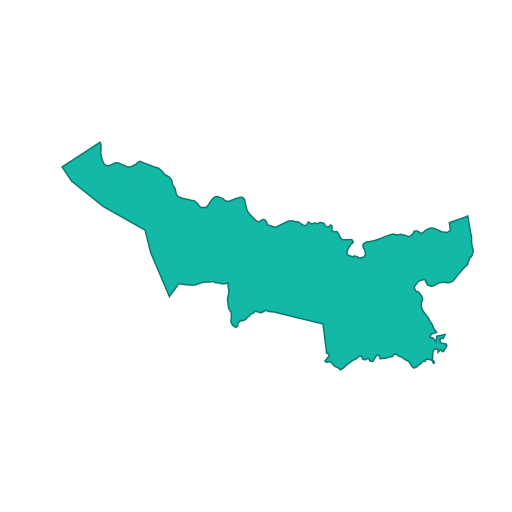 outline of Zapotitlán de Méndez, Puebla, Mexico, rotated 194°
{"feature_id": "50627088B5409879857753", "entity_name": "Zapotitlán de Méndez", "entity_type": "district", "adm_level": 2, "iso_a3": "MEX", "parent_name": "Mexico", "parent_adm1": "Puebla", "projection": "equal_earth", "projection_center": [-97.699, 20.004], "detail": "fine", "context": "isolated", "style": "filled", "palette": "teal", "viewbox_px": 512, "rotation_deg": 194, "n_neighbors": 0, "source": "geoboundaries", "source_scale": "gbopen_adm2", "svg_char_len": 6010}
<svg xmlns="http://www.w3.org/2000/svg" viewBox="0 0 512 512"><g transform="rotate(194 256 256)"><path d="M49.2,214.7L49.3,215.4L50.1,216.6L56.2,216.4L57.4,220.0L55.9,221.0L54.4,221.3L53.5,225.6L61.3,221.8L60.3,216.3L64.4,219.2L67.5,219.2L67.2,222.4L63.2,225.1L62.3,225.5L62.7,226.0L64.0,227.1L65.1,227.8L65.9,228.8L67.0,230.0L67.5,231.1L70.0,233.6L71.2,234.4L73.3,237.1L74.3,238.0L75.2,238.7L76.1,239.2L77.2,240.3L79.2,241.8L80.4,243.0L81.0,243.4L81.5,243.9L82.5,245.8L83.4,247.1L84.0,248.9L84.0,252.0L83.7,253.7L84.3,255.4L85.1,256.4L85.6,257.1L87.3,258.6L89.8,260.5L90.7,260.5L91.5,260.3L92.7,261.0L93.6,261.9L94.6,263.4L94.8,264.7L93.0,268.9L92.7,269.8L91.5,271.2L90.7,272.0L89.2,272.7L87.9,273.5L87.1,273.9L86.6,273.9L85.8,273.3L84.7,271.7L82.5,269.3L78.9,269.0L76.8,269.8L76.0,270.4L74.4,271.9L73.9,272.6L72.1,274.0L71.3,274.5L70.4,274.8L69.7,275.2L67.4,276.0L63.4,276.4L61.2,277.4L59.7,278.6L58.8,279.4L57.4,282.2L55.9,285.8L52.6,292.5L50.5,296.1L48.8,298.4L48.1,305.9L47.0,307.2L46.5,309.1L46.3,311.6L46.8,314.4L48.6,317.8L50.1,321.2L51.4,326.5L53.5,330.7L60.2,346.1L62.9,344.0L76.5,335.1L74.8,331.0L74.5,330.7L74.1,329.6L73.9,327.6L76.0,325.1L81.1,324.4L84.9,325.1L90.5,325.9L93.1,325.5L95.7,323.7L98.1,321.6L99.6,318.9L101.9,317.9L102.0,317.8L104.0,318.9L106.3,319.2L108.3,318.5L109.7,314.2L111.0,312.8L113.1,311.6L117.1,312.3L118.7,311.8L120.7,312.2L123.6,310.8L128.7,310.3L130.8,309.1L133.3,307.4L135.1,306.3L139.3,303.1L144.3,299.9L149.0,297.5L151.3,296.8L153.4,295.3L154.4,294.2L155.0,292.5L154.5,291.2L153.3,289.4L151.7,287.6L150.2,284.2L150.8,281.6L151.4,280.7L153.5,280.0L153.9,279.4L156.0,278.7L156.8,279.7L157.5,279.9L159.0,279.7L160.6,279.9L161.3,279.3L161.7,278.5L161.8,278.2L163.8,278.9L165.9,278.8L166.9,279.2L167.3,279.4L168.0,280.1L168.5,281.2L168.7,282.2L168.6,283.4L168.3,285.4L168.0,286.8L167.5,287.9L166.8,290.2L165.3,292.1L164.7,293.4L165.2,292.9L165.6,293.4L165.9,294.2L166.2,294.5L166.5,294.8L167.4,294.9L168.3,294.8L173.9,293.2L175.6,292.8L177.1,293.1L177.8,293.7L178.9,294.6L179.4,295.4L182.8,298.9L183.3,299.1L184.1,299.1L185.6,298.4L186.3,298.4L187.3,298.6L188.2,298.9L188.7,299.4L189.0,300.0L189.1,302.6L189.8,303.7L190.3,304.1L191.1,304.1L191.4,303.9L192.1,302.6L192.7,301.8L193.6,301.5L195.8,301.8L196.4,302.3L197.1,303.4L197.9,304.0L198.9,304.2L201.2,304.2L202.1,303.9L203.3,303.0L203.7,302.6L204.1,302.4L204.7,302.2L207.2,302.3L208.1,301.5L208.5,301.1L209.0,300.8L210.2,300.7L211.1,300.8L211.8,301.2L212.6,301.3L213.1,301.6L213.6,301.4L213.9,301.0L214.0,299.2L214.4,298.1L214.9,297.7L216.5,297.3L218.0,297.4L218.7,297.5L219.6,298.0L222.0,299.0L223.4,299.3L225.7,298.8L229.4,298.9L231.2,298.3L232.9,297.9L244.0,288.5L252.2,289.0L254.3,291.9L255.1,292.3L255.7,292.9L257.3,293.4L258.3,293.0L261.3,289.9L262.0,289.6L263.3,289.9L266.2,291.3L271.9,294.9L274.9,297.1L276.9,300.1L280.6,307.7L282.4,309.3L284.4,309.6L288.0,307.8L295.0,302.9L296.8,302.1L299.1,302.1L300.4,302.7L301.6,303.5L304.0,303.9L306.2,304.2L307.8,304.3L309.3,303.9L310.2,303.2L311.2,302.0L312.1,300.6L313.9,296.1L315.3,292.4L316.3,290.9L318.2,290.5L320.9,289.7L323.0,290.6L325.5,292.7L328.6,294.5L330.6,294.6L331.8,294.3L335.0,294.4L340.2,294.2L343.9,294.5L346.3,294.9L347.5,296.0L348.5,297.1L350.1,300.5L350.9,302.0L353.0,303.9L354.3,305.2L356.0,308.9L358.0,310.8L358.6,311.3L359.3,311.6L364.6,313.1L365.6,314.0L367.5,315.4L370.6,317.1L372.1,317.7L376.4,317.8L378.4,318.0L381.3,318.5L388.0,319.2L390.7,319.7L391.7,319.7L392.2,319.4L395.6,314.9L396.4,314.6L398.1,312.9L399.1,312.4L400.4,311.8L401.1,311.8L402.8,311.2L403.5,311.6L405.4,312.0L407.5,312.0L411.6,313.0L413.2,312.8L414.8,312.4L416.1,311.7L417.2,310.5L419.0,309.2L420.5,308.0L422.3,307.6L424.3,307.8L426.2,309.1L428.4,312.0L430.5,316.0L431.4,317.9L431.9,320.5L433.1,325.7L433.7,327.1L434.9,328.6L465.7,295.5L452.8,283.9L433.7,275.2L416.3,267.1L369.9,254.3L359.0,233.8L330.2,195.7L325.3,207.7L324.4,210.4L317.6,211.1L309.1,212.7L308.5,213.1L306.6,214.0L305.6,214.8L301.8,217.2L300.8,217.6L299.0,218.6L297.6,218.8L295.1,219.4L291.4,220.8L289.9,220.6L289.2,220.3L288.7,220.3L286.7,220.8L284.5,220.8L283.2,220.7L280.8,221.2L279.6,221.6L278.6,222.0L276.7,223.1L276.3,221.6L275.2,218.7L273.9,215.6L273.6,214.3L273.4,212.3L273.5,210.5L273.2,206.8L273.0,206.3L272.2,204.5L271.9,203.9L271.4,202.1L270.2,199.5L269.7,198.4L266.7,195.6L266.1,194.4L265.3,191.6L265.1,190.5L265.0,189.2L264.8,188.2L264.7,187.1L263.9,185.1L262.4,183.7L261.1,182.7L260.2,182.5L258.9,181.9L257.7,182.4L257.0,183.1L257.3,186.5L255.7,188.8L255.7,189.8L254.0,189.7L253.3,189.9L251.6,191.2L250.6,192.1L250.0,193.4L250.0,194.1L249.4,194.5L248.2,195.8L247.4,198.2L247.1,198.5L246.4,198.7L245.8,199.3L245.1,199.7L244.5,200.3L243.9,201.5L243.0,202.6L240.5,202.1L239.2,202.1L238.8,202.2L237.8,201.9L235.6,203.6L234.8,204.5L234.0,204.9L233.6,205.7L230.0,205.2L227.5,205.7L225.0,206.0L174.5,206.3L163.9,178.6L162.7,179.1L160.6,177.4L161.0,176.2L163.7,170.8L161.8,169.9L158.3,171.6L152.7,167.9L148.9,167.4L147.1,165.9L145.6,166.8L143.8,169.0L141.7,172.3L137.5,177.4L136.0,178.8L134.2,180.1L132.6,182.4L131.5,183.8L129.1,184.2L127.7,181.8L125.7,181.5L124.6,182.0L123.7,183.0L122.6,183.6L121.3,183.3L119.9,181.6L117.6,181.8L116.6,182.8L116.2,185.1L115.6,187.0L114.7,189.1L112.7,189.3L111.6,188.1L110.7,186.3L108.2,187.3L106.8,187.7L105.6,188.3L103.1,189.6L102.0,190.2L100.9,191.0L99.4,191.3L99.1,192.4L98.7,193.3L98.1,194.0L97.6,194.3L96.6,194.2L95.6,194.6L93.5,193.5L92.7,193.3L90.0,193.3L89.2,192.7L85.6,191.3L84.0,191.1L82.0,190.5L78.0,186.6L76.4,185.6L75.3,185.6L74.4,186.3L73.9,186.8L72.8,187.8L72.1,189.2L71.5,190.0L69.9,191.4L69.6,192.7L69.2,193.6L68.5,194.2L67.2,194.4L66.5,194.7L66.3,195.4L66.3,196.3L66.0,196.8L65.5,197.1L64.9,197.0L64.1,197.5L63.2,197.7L62.6,197.5L61.4,197.5L60.7,197.4L60.0,196.9L59.2,196.7L58.5,195.6L58.0,195.0L57.6,194.8L57.2,195.1L57.2,195.9L57.4,196.4L59.7,198.1L60.8,203.9L61.1,205.8L60.8,207.9L59.2,209.3L56.9,209.6L56.1,207.1L56.0,206.6L54.3,209.4L53.2,209.2L51.9,208.3L50.6,209.4L49.2,214.7Z" fill="#14b8a6" stroke="#0f766e" stroke-width="1.5"/></g></svg>